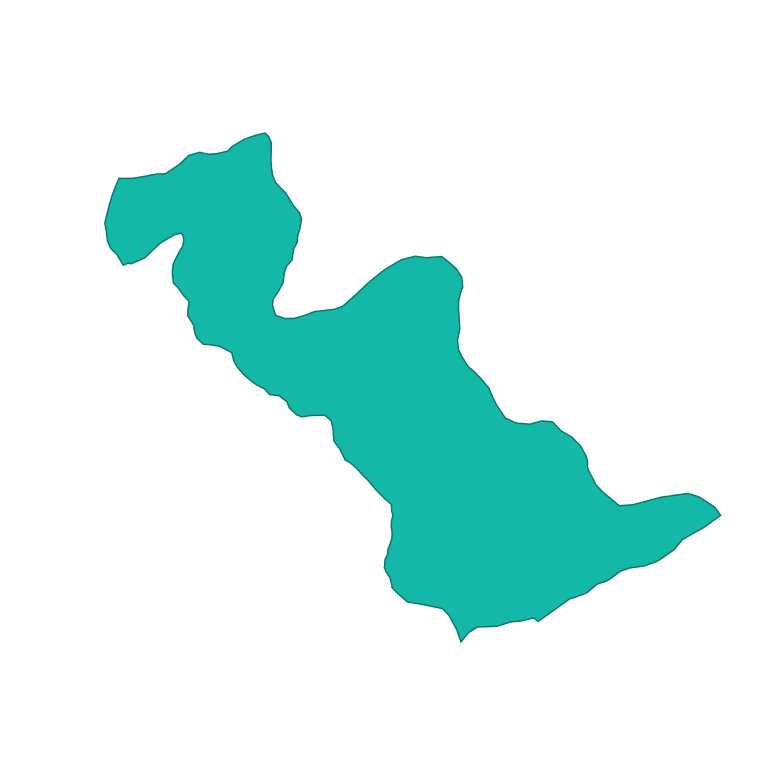 the district of Shamakhi District, Şamaxı, Azerbaijan, rotated 134°
{"feature_id": "54616110B16651088424667", "entity_name": "Shamakhi District", "entity_type": "district", "adm_level": 2, "iso_a3": "AZE", "parent_name": "Azerbaijan", "parent_adm1": "Şamaxı", "projection": "equal_earth", "projection_center": [48.652, 40.629], "detail": "fine", "context": "isolated", "style": "filled", "palette": "teal", "viewbox_px": 768, "rotation_deg": 134, "n_neighbors": 0, "source": "geoboundaries", "source_scale": "gbopen_adm2", "svg_char_len": 2742}
<svg xmlns="http://www.w3.org/2000/svg" viewBox="0 0 768 768"><g transform="rotate(134 384 384)"><path d="M447.7,108.2L429.1,104.7L410.3,101.4L403.0,97.5L393.2,93.1L379.7,91.6L370.4,86.7L364.9,85.7L354.2,83.9L345.6,79.4L343.1,77.5L333.9,70.3L321.1,64.1L313.1,62.5L301.6,60.2L288.8,61.3L277.9,58.2L265.5,54.4L255.8,52.6L245.3,50.8L244.7,50.5L242.9,60.3L246.2,78.3L251.4,89.2L272.4,105.6L298.1,121.2L308.1,130.1L309.7,150.3L309.4,161.2L307.0,167.8L305.2,174.0L302.9,179.4L297.9,184.3L295.4,188.9L292.0,199.3L291.9,205.6L291.8,212.3L294.7,223.9L294.2,236.6L300.9,244.8L311.7,251.3L320.4,262.0L324.2,273.2L321.0,288.2L317.9,296.9L314.1,305.6L312.7,319.0L312.5,327.3L313.0,336.0L310.0,347.8L307.1,355.0L301.3,361.7L291.7,367.8L286.3,373.8L277.1,383.7L272.6,387.9L265.9,391.9L259.4,394.9L253.1,402.5L250.9,411.9L251.3,422.0L252.2,430.9L259.1,437.2L263.6,441.0L270.5,450.4L282.2,457.6L293.6,461.0L304.1,463.4L321.2,465.5L339.8,466.4L356.6,467.7L364.4,471.3L373.6,478.9L380.3,484.3L390.9,489.3L399.2,494.2L405.7,500.7L409.9,509.5L405.2,518.5L400.3,522.5L389.3,524.7L381.5,526.8L373.6,532.6L367.1,536.0L358.6,536.4L349.8,542.7L342.0,545.0L337.5,549.0L331.5,551.9L322.7,557.8L319.6,563.4L318.7,572.6L314.8,587.7L314.8,592.9L314.4,601.9L311.9,608.2L306.1,615.8L301.6,620.8L292.8,628.7L288.8,632.5L286.1,639.0L286.1,643.8L288.3,645.2L294.4,649.2L304.7,654.4L318.4,658.2L325.1,658.2L334.1,664.0L340.4,669.5L345.5,677.6L355.2,683.2L368.2,683.7L384.6,687.3L392.0,694.3L400.5,700.1L410.6,707.6L420.3,717.5L432.0,712.8L437.3,710.5L446.3,705.8L455.8,700.4L462.3,696.5L466.7,690.2L473.0,682.5L476.2,675.3L476.4,670.4L476.4,665.9L479.7,654.2L474.5,651.8L473.4,649.6L465.8,646.3L459.5,643.8L450.2,643.3L438.0,642.8L429.4,640.5L422.6,638.6L416.4,634.8L416.9,631.4L419.6,628.0L424.6,624.5L429.9,623.4L438.0,621.1L444.3,618.9L449.3,614.9L452.5,612.0L457.6,605.6L457.8,599.0L459.6,589.4L459.9,581.6L466.7,576.7L471.3,572.5L472.7,566.2L474.5,560.6L476.3,559.0L479.1,554.7L481.0,550.4L480.9,541.6L476.5,536.4L471.1,528.5L467.2,515.3L471.8,507.9L473.7,501.6L474.7,491.5L474.1,482.2L473.1,475.0L470.5,466.8L471.1,458.9L465.3,451.5L464.2,441.7L467.1,435.0L466.8,425.3L464.8,420.4L457.0,414.3L447.6,404.9L447.1,396.4L451.1,390.2L459.9,380.3L461.4,370.9L465.7,359.0L464.1,353.7L463.7,344.5L464.3,336.4L464.3,329.5L465.7,316.5L466.0,303.4L465.6,294.8L470.0,290.4L472.2,286.4L477.2,283.5L481.1,280.2L485.3,274.9L489.2,271.4L494.4,268.6L500.2,266.3L504.1,263.2L509.7,261.2L515.8,256.1L517.5,252.4L519.2,245.2L523.3,238.4L524.9,236.9L525.1,229.7L524.5,215.9L514.0,200.3L504.9,185.9L505.3,176.5L510.2,160.9L516.1,149.5L504.1,150.5L493.8,148.0L485.6,139.9L479.7,134.4L466.8,127.4L459.4,120.9L448.5,114.1L447.7,108.2Z" fill="#14b8a6" stroke="#0f766e" stroke-width="1.5"/></g></svg>